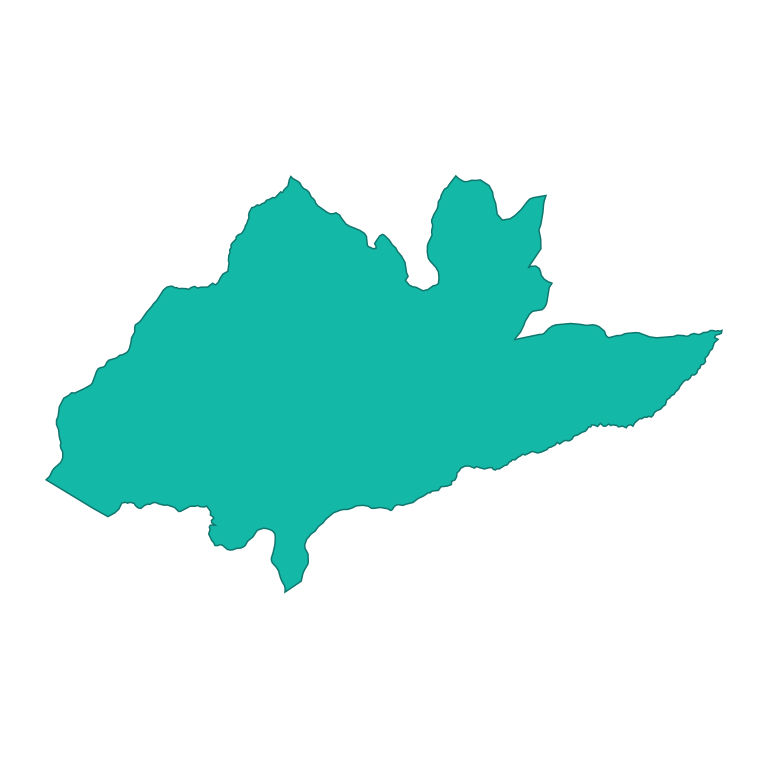 the district of Santa Carmem, Mato Grosso, Brazil
{"feature_id": "56859067B7371104164998", "entity_name": "Santa Carmem", "entity_type": "district", "adm_level": 2, "iso_a3": "BRA", "parent_name": "Brazil", "parent_adm1": "Mato Grosso", "projection": "natural_earth1", "projection_center": [-54.837, -11.947], "detail": "fine", "context": "isolated", "style": "filled", "palette": "teal", "viewbox_px": 768, "rotation_deg": 0, "n_neighbors": 0, "source": "geoboundaries", "source_scale": "gbopen_adm2", "svg_char_len": 6104}
<svg xmlns="http://www.w3.org/2000/svg" viewBox="0 0 768 768"><path d="M251.8,207.6L249.2,212.3L248.6,215.5L249.0,217.9L247.7,220.6L246.8,223.7L245.4,225.7L244.7,228.5L242.5,232.3L241.0,233.8L238.5,234.6L236.2,236.7L236.0,239.2L232.2,243.0L230.9,245.2L231.3,247.4L229.7,249.8L230.0,252.6L228.8,255.5L228.4,260.7L229.1,262.8L227.8,271.4L223.0,274.0L220.3,278.0L218.2,282.4L215.8,284.7L214.1,284.3L212.7,283.2L207.6,287.1L200.4,287.2L198.0,288.1L194.4,286.4L190.8,287.7L188.7,289.4L186.7,288.7L180.8,288.4L179.0,288.8L176.7,287.6L174.8,287.7L172.5,286.3L170.0,286.3L166.8,287.2L163.4,290.1L156.8,300.4L153.6,303.7L151.6,306.6L146.6,312.3L141.7,319.4L139.2,322.3L135.5,324.8L134.7,327.1L134.7,332.2L131.6,337.7L130.9,342.8L129.4,348.6L128.2,351.0L126.6,352.6L122.7,354.7L119.8,355.2L116.4,358.0L108.8,360.2L107.1,361.9L105.0,366.0L103.2,367.2L101.0,367.5L98.3,368.6L96.7,371.1L92.4,382.9L90.7,385.0L83.8,388.8L74.9,393.0L71.5,392.8L68.9,395.3L63.8,398.2L59.3,406.9L58.1,416.5L56.5,420.0L56.5,424.5L58.7,430.0L59.1,435.3L59.8,439.1L61.0,442.4L60.4,445.2L60.7,447.9L62.7,452.0L62.8,456.9L62.2,459.5L60.5,462.7L53.9,468.5L52.2,471.0L49.6,476.4L46.1,479.8L92.9,508.2L107.9,516.6L114.6,513.0L118.9,509.1L121.8,503.0L125.8,502.3L127.5,503.2L130.0,502.3L134.2,503.4L135.4,505.5L137.9,507.8L140.9,508.4L144.7,505.3L147.4,504.2L149.9,504.3L153.5,502.5L156.4,502.7L158.2,503.7L163.5,505.1L167.6,505.1L174.5,507.4L178.7,511.5L180.6,511.3L190.2,506.2L195.0,506.3L197.7,505.5L199.9,506.6L204.1,507.0L206.7,506.1L210.6,511.5L210.4,515.1L212.5,516.3L213.8,518.3L211.4,520.4L211.8,522.9L215.1,525.1L210.3,525.2L209.3,527.2L210.1,529.4L208.7,534.0L211.7,540.4L213.9,543.0L214.9,545.5L217.8,545.6L220.1,544.5L222.8,545.5L227.3,549.4L230.4,550.1L232.9,549.8L236.6,548.4L241.4,547.9L244.1,546.5L245.4,545.2L247.7,541.1L252.9,536.9L256.4,531.5L257.9,530.0L263.5,528.2L267.6,528.8L271.4,530.2L273.5,531.8L275.0,534.3L275.3,537.6L274.9,544.6L273.2,552.2L271.4,558.1L271.4,560.2L272.3,562.8L275.9,566.7L278.4,570.4L280.6,578.2L282.1,581.6L284.4,585.4L285.2,588.6L285.0,592.1L301.2,581.2L302.8,573.8L304.3,570.2L307.8,564.3L308.3,561.8L308.0,554.0L305.0,548.2L304.7,544.9L306.6,539.4L311.1,534.0L315.2,531.0L318.3,526.6L323.2,522.7L324.9,520.3L327.1,518.1L333.7,512.7L340.2,510.2L343.3,509.5L347.9,509.4L352.3,507.9L356.5,505.8L362.9,505.3L368.3,506.2L371.1,508.1L373.0,508.4L380.4,507.5L387.8,508.8L390.7,510.5L392.4,509.6L393.9,507.0L395.9,505.3L398.2,504.6L402.8,505.4L406.4,504.1L413.0,502.5L417.9,498.6L423.7,495.9L428.3,492.7L430.3,492.8L431.9,491.1L438.4,490.4L440.9,486.8L447.1,486.1L451.4,484.6L451.6,481.4L454.9,480.0L456.6,476.9L456.9,473.1L459.5,470.5L460.7,468.3L465.1,466.1L469.1,466.0L474.4,468.1L476.2,466.6L484.3,469.0L489.6,467.6L492.1,467.7L493.4,469.4L495.3,470.0L496.9,468.9L499.5,468.8L504.6,465.5L507.3,464.8L509.1,462.2L511.1,461.2L512.4,459.7L515.2,459.8L518.0,457.2L520.4,456.0L522.4,454.3L525.3,454.9L532.3,451.4L537.6,453.0L541.4,452.0L546.8,449.7L548.8,447.5L551.0,447.1L555.3,444.9L557.1,442.4L559.6,444.0L563.8,440.9L566.1,440.4L568.1,440.9L570.0,440.5L572.1,439.0L573.5,436.5L575.5,435.4L577.2,435.2L582.2,432.2L585.3,431.2L587.3,429.0L588.4,426.9L590.6,427.0L591.9,424.7L595.2,425.4L597.5,426.5L600.4,423.4L603.5,426.2L605.5,426.2L608.9,424.1L610.8,425.6L612.6,424.8L617.0,425.5L618.4,426.9L622.6,426.1L626.2,427.8L627.5,425.8L629.2,425.0L631.3,425.0L632.9,426.2L634.8,422.8L639.7,418.5L641.7,418.8L644.5,417.0L647.0,417.3L648.6,416.3L651.5,417.0L653.2,415.1L654.3,412.6L656.7,410.7L660.5,409.2L663.1,406.3L665.4,404.7L666.8,399.7L669.7,397.9L671.4,395.6L674.0,394.4L675.6,391.9L678.7,389.0L679.9,386.2L683.2,382.0L685.5,380.0L687.8,380.0L690.2,377.9L691.6,375.0L694.4,375.0L696.7,373.2L698.0,369.3L700.0,368.1L700.8,365.1L703.8,363.9L705.5,361.6L705.0,358.3L708.4,354.5L709.9,350.9L712.2,349.0L714.3,342.8L718.1,339.3L714.5,337.7L715.8,335.0L719.2,334.3L721.4,333.2L721.9,330.4L720.1,331.2L718.0,330.7L715.6,331.3L713.0,330.5L710.5,330.5L707.5,332.2L703.5,332.5L700.1,334.3L698.1,334.5L693.9,333.5L690.9,334.4L688.6,335.9L686.4,336.3L683.6,335.6L677.2,335.2L673.6,336.5L656.6,337.8L649.7,336.9L639.0,332.9L635.5,332.6L626.8,333.4L624.5,333.8L622.3,335.0L619.5,335.6L617.2,335.5L608.9,337.7L607.2,336.8L605.7,334.9L604.5,331.2L599.1,326.7L596.2,325.4L592.8,324.8L586.3,325.4L579.9,324.3L570.5,323.5L555.5,324.9L551.9,326.3L548.5,328.7L544.1,333.4L541.6,334.5L539.6,334.4L514.8,339.6L515.8,337.7L520.5,332.1L523.9,325.0L525.1,321.5L529.5,314.2L532.6,311.3L542.1,309.7L544.2,307.8L545.9,305.0L546.8,302.4L549.2,287.6L552.0,283.2L548.1,281.7L544.3,279.3L541.3,275.4L540.5,271.7L539.3,268.6L535.8,266.1L530.7,266.3L528.0,267.9L540.9,248.8L540.7,239.1L538.9,230.1L540.8,224.5L542.9,212.5L543.6,204.0L544.3,200.7L546.0,195.5L533.7,197.6L529.8,199.0L527.0,202.0L521.2,209.5L515.0,215.5L510.1,218.8L502.3,220.1L497.2,214.2L495.6,203.3L493.2,196.8L492.6,192.2L489.1,185.6L480.4,179.9L475.6,180.5L471.9,180.2L467.4,181.6L463.9,181.6L459.2,179.0L455.8,175.9L448.9,184.9L447.5,187.5L444.8,188.9L443.6,190.6L441.2,195.3L440.6,198.3L438.4,201.6L437.9,206.6L437.0,209.2L433.8,214.7L431.7,220.0L431.7,222.2L432.5,224.3L432.6,226.9L431.9,229.2L431.6,232.3L432.1,235.0L428.1,243.3L427.4,246.1L427.3,252.0L428.3,258.2L430.0,260.9L435.9,267.4L438.4,271.9L439.0,277.7L438.4,283.6L435.8,285.3L433.3,285.7L427.9,289.6L423.0,290.8L415.9,287.2L413.1,286.9L409.5,285.3L405.4,280.4L408.1,276.3L406.6,272.9L405.0,262.5L401.7,256.4L397.5,251.4L395.7,247.8L392.5,245.1L389.3,240.1L384.4,235.3L382.4,234.4L379.8,235.9L376.7,240.3L374.6,243.6L376.1,246.3L375.9,248.4L373.2,248.7L368.2,246.5L367.3,244.8L366.4,236.4L364.4,233.4L359.9,230.4L349.6,226.2L345.9,224.0L340.8,217.2L339.7,215.1L336.0,212.8L333.2,213.7L330.3,213.8L327.4,212.5L317.7,205.7L315.4,202.7L314.8,200.6L313.2,198.6L311.3,197.2L309.1,192.5L307.2,190.4L303.6,188.5L301.4,186.1L300.2,183.5L298.6,181.8L292.9,178.6L290.9,176.5L289.4,179.5L288.0,185.9L284.0,189.9L282.6,192.6L280.6,191.9L275.2,197.7L272.5,197.6L269.4,199.4L266.6,200.2L264.6,202.8L262.4,203.5L259.4,205.5L257.2,204.9L254.1,207.2L251.8,207.6Z" fill="#14b8a6" stroke="#0f766e" stroke-width="1.5"/></svg>